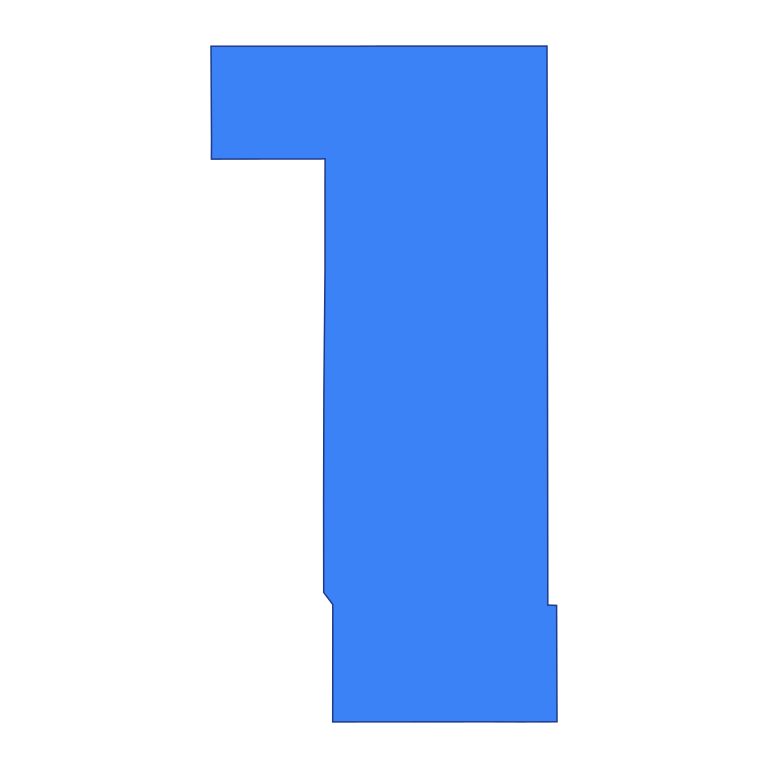 the district of Forrest, Mississippi, United States of America
{"feature_id": "52423323B32098183633338", "entity_name": "Forrest", "entity_type": "district", "adm_level": 2, "iso_a3": "USA", "parent_name": "United States of America", "parent_adm1": "Mississippi", "projection": "orthographic", "projection_center": [-89.313, 31.172], "detail": "fine", "context": "isolated", "style": "filled", "palette": "blue", "viewbox_px": 768, "rotation_deg": 0, "n_neighbors": 0, "source": "geoboundaries", "source_scale": "gbopen_adm2", "svg_char_len": 425}
<svg xmlns="http://www.w3.org/2000/svg" viewBox="0 0 768 768"><path d="M211.0,46.2L211.5,140.1L211.4,159.1L268.8,159.0L319.8,159.0L325.1,158.8L325.0,186.8L325.0,271.7L323.9,391.4L323.6,499.4L323.7,592.4L332.8,604.5L332.7,721.9L489.9,721.8L520.4,721.9L557.0,721.8L556.6,605.4L547.8,605.1L547.2,160.9L547.0,46.1L378.8,46.1L356.0,46.2L268.6,46.2L263.5,46.2L211.0,46.2Z" fill="#3b82f6" stroke="#1e3a8a" stroke-width="1.5"/></svg>